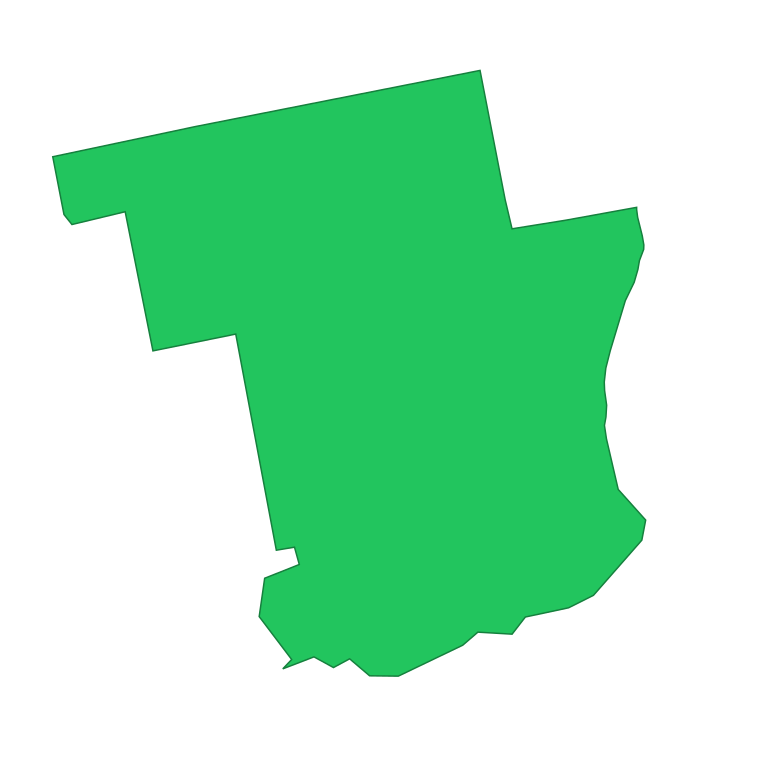 outline of Jersey, Illinois, United States of America, rotated 259°
{"feature_id": "52423323B55765441585507", "entity_name": "Jersey", "entity_type": "district", "adm_level": 2, "iso_a3": "USA", "parent_name": "United States of America", "parent_adm1": "Illinois", "projection": "equal_earth", "projection_center": [-90.406, 39.093], "detail": "fine", "context": "isolated", "style": "filled", "palette": "green", "viewbox_px": 768, "rotation_deg": 259, "n_neighbors": 0, "source": "geoboundaries", "source_scale": "gbopen_adm2", "svg_char_len": 794}
<svg xmlns="http://www.w3.org/2000/svg" viewBox="0 0 768 768"><g transform="rotate(259 384 384)"><path d="M670.3,102.2L611.4,102.2L600.1,108.1L602.5,162.8L460.6,163.5L461.3,248.0L241.4,246.6L240.9,265.0L223.0,266.4L216.1,229.8L179.5,217.1L131.2,240.8L123.7,230.3L129.5,263.2L115.3,280.3L120.8,297.8L100.3,314.2L94.5,342.3L112.6,411.5L122.5,428.8L114.0,462.0L128.3,478.3L129.1,522.5L136.6,549.3L181.5,607.3L200.5,614.9L235.8,593.8L287.7,591.9L301.3,592.5L309.3,595.6L320.7,598.5L335.4,599.3L343.9,600.6L357.3,604.8L370.0,610.8L373.4,612.4L419.8,636.8L436.1,649.0L448.0,655.1L456.4,658.3L466.6,664.6L470.9,665.6L480.2,665.8L499.2,664.8L507.1,665.3L509.2,665.7L510.1,594.0L511.9,539.3L541.7,538.1L673.5,538.1L672.7,248.0L670.3,102.2Z" fill="#22c55e" stroke="#15803d" stroke-width="1.5"/></g></svg>